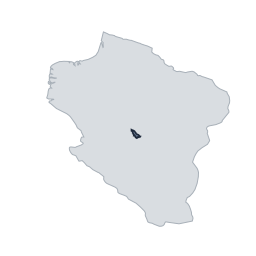 Barkin Ladi, Plateau, Nigeria shown in context, rotated 107°
{"feature_id": "59680162B6096372749080", "entity_name": "Barkin Ladi", "entity_type": "district", "adm_level": 2, "iso_a3": "NGA", "parent_name": "Nigeria", "parent_adm1": "Plateau", "projection": "equal_earth", "projection_center": [8.921, 9.534], "detail": "fine", "context": "in_parent", "style": "filled", "palette": "slate", "viewbox_px": 256, "rotation_deg": 107, "n_neighbors": 0, "source": "geoboundaries", "source_scale": "gbopen_adm2", "svg_char_len": 4895}
<svg xmlns="http://www.w3.org/2000/svg" viewBox="0 0 256 256"><g transform="rotate(107 128 128)"><path d="M198.2,39.3L204.7,51.2L206.1,60.1L206.7,64.5L207.8,65.0L209.8,65.2L211.3,66.1L212.2,67.5L212.7,68.9L212.8,69.7L212.4,75.0L212.0,77.0L212.3,79.6L212.2,80.7L212.0,81.5L211.1,82.3L209.8,83.2L206.9,85.7L206.1,86.1L204.9,86.2L203.8,86.8L202.5,88.2L199.8,93.3L197.5,98.4L195.9,106.7L193.8,109.3L193.5,111.6L193.2,116.8L192.8,118.3L192.5,118.8L190.3,119.8L189.0,121.0L188.3,123.3L187.3,131.3L187.0,132.6L186.3,134.0L185.1,135.5L184.1,136.3L181.6,136.9L179.2,142.9L179.2,143.9L178.1,149.4L176.3,153.5L176.1,156.2L173.8,159.8L172.6,162.3L173.9,164.8L174.0,165.3L169.9,169.6L169.7,170.3L169.6,173.3L169.2,174.1L168.5,175.2L167.4,176.4L166.3,177.4L165.1,178.0L163.9,178.3L163.2,177.9L162.8,177.0L162.1,173.3L161.8,172.5L161.0,171.8L157.9,167.7L156.1,166.3L155.7,166.4L155.3,166.8L154.8,168.8L154.3,169.6L153.3,169.8L151.6,169.9L150.3,169.6L150.1,169.2L149.5,167.6L145.6,171.3L144.3,172.1L142.6,176.5L140.1,178.7L138.5,180.6L134.0,186.5L133.1,188.3L132.2,190.9L130.3,202.1L127.2,209.2L126.8,210.7L126.6,210.6L126.2,211.2L125.0,210.8L124.5,209.5L123.7,209.3L122.5,207.4L122.2,207.7L123.5,212.6L123.0,214.5L119.3,214.5L116.0,215.1L113.8,215.1L112.6,214.4L112.2,212.6L112.0,212.8L111.8,213.7L111.1,214.5L108.6,214.6L107.5,213.4L106.6,212.0L105.7,211.4L105.8,212.0L106.9,213.3L106.8,215.3L104.8,217.5L103.5,217.7L102.7,216.7L102.3,215.1L102.1,212.8L101.5,211.2L101.2,211.2L101.6,213.8L101.6,216.2L102.6,218.0L101.1,218.6L99.3,218.6L99.1,218.0L98.9,216.4L98.6,216.0L98.2,218.6L94.5,219.3L94.0,219.2L93.9,218.8L94.2,218.0L94.1,216.9L93.3,217.8L93.2,219.6L92.7,219.9L91.4,219.6L89.8,218.7L87.4,216.4L84.4,212.7L83.9,211.1L83.0,209.0L81.5,203.5L81.8,203.2L82.5,203.5L82.8,203.0L81.6,202.6L81.3,202.2L81.2,201.0L81.3,199.4L83.2,198.7L83.6,197.7L83.9,196.8L81.5,198.2L79.3,196.6L78.9,195.7L79.1,194.9L81.6,194.9L82.5,194.2L82.0,193.9L81.0,194.0L80.7,193.5L80.7,192.3L80.4,192.6L80.0,193.6L78.5,194.3L77.6,193.6L77.5,191.9L77.4,191.2L76.6,190.6L74.1,186.2L70.8,182.5L67.9,180.0L63.6,178.8L54.5,178.8L54.0,178.5L54.5,177.9L55.3,177.5L58.3,175.5L57.8,175.2L54.7,176.5L53.7,176.6L52.3,179.1L43.3,179.6L43.4,178.5L43.8,175.3L44.3,173.0L43.7,170.3L43.6,167.9L44.0,167.1L44.1,166.2L44.0,159.9L44.5,159.0L44.5,158.3L43.6,155.7L43.6,153.6L43.5,151.6L43.2,150.7L43.6,143.1L43.5,141.2L43.8,139.8L43.9,136.5L43.9,133.3L44.6,128.2L48.4,127.5L49.4,125.5L49.9,123.0L49.8,120.5L51.0,118.3L52.5,116.3L52.5,114.2L52.9,113.6L53.6,113.1L54.6,112.8L55.8,111.7L56.4,109.9L57.1,106.9L56.1,104.8L56.1,104.4L56.5,103.3L57.1,102.2L57.6,101.8L58.7,102.1L59.1,101.6L59.8,98.4L59.7,97.5L58.7,95.3L58.2,89.3L57.9,88.6L57.1,87.5L55.0,83.3L55.0,81.3L56.0,78.8L56.5,77.6L57.4,76.9L57.5,76.3L57.3,75.6L56.9,75.1L56.8,73.9L57.2,72.3L57.1,70.6L57.4,61.7L59.1,59.9L61.7,57.0L63.0,54.0L63.7,51.7L64.6,44.0L65.9,43.2L68.5,40.4L71.9,38.8L74.2,38.3L78.1,38.6L80.1,38.3L81.8,36.8L82.5,36.4L83.6,36.1L93.4,40.1L94.3,39.9L95.0,40.2L96.2,41.3L99.1,45.0L102.1,50.7L103.0,51.9L104.0,52.6L104.9,52.8L105.7,52.7L106.4,52.2L107.3,51.1L108.7,50.6L109.9,50.7L116.0,46.3L116.6,46.3L120.3,47.2L125.4,51.6L129.6,54.5L132.5,55.4L136.0,56.1L141.8,56.3L146.3,50.2L147.9,48.8L149.9,47.6L154.0,46.5L160.8,45.7L167.2,46.0L171.2,47.1L175.4,49.1L177.2,51.0L180.1,51.3L182.1,51.0L182.7,49.0L184.8,46.5L187.8,44.2L190.3,42.6L192.4,41.8L194.2,40.0L195.6,39.4L198.2,39.3ZM108.9,217.1L107.5,217.7L106.6,217.6L107.8,215.0L108.4,215.6L109.2,215.8L108.9,217.1Z" fill="#d9dde1" stroke="#a8b0b8" stroke-width="1"/><path d="M128.5,124.3L129.8,123.9L130.0,122.7L130.1,122.8L130.3,122.5L130.4,122.4L130.8,122.2L131.0,122.2L131.3,122.2L131.4,121.9L131.5,121.6L131.7,121.3L131.9,121.2L131.9,121.4L132.0,121.4L132.2,121.2L132.3,121.0L132.4,120.9L132.5,120.7L132.7,120.8L132.8,120.8L132.9,120.6L133.0,120.4L133.4,120.2L133.6,120.2L133.4,119.8L133.4,119.7L133.2,119.5L133.4,119.2L133.8,119.1L133.8,118.8L133.7,118.6L133.8,118.3L134.2,118.1L134.3,118.1L134.7,118.1L134.8,118.1L134.9,117.7L135.0,117.4L135.2,117.0L134.8,116.8L134.8,116.7L134.9,116.4L134.8,116.1L134.7,116.0L134.4,115.9L134.2,116.2L133.9,116.0L133.9,115.8L133.9,115.6L133.8,115.2L133.6,115.4L133.5,114.8L133.4,114.8L133.2,114.6L132.9,114.8L132.9,114.4L132.9,114.1L132.9,113.8L132.9,113.7L132.6,113.6L132.4,113.6L132.5,113.9L132.5,114.0L132.4,114.1L132.4,114.3L132.4,114.5L132.2,114.8L132.0,115.0L131.9,115.1L131.8,115.3L131.7,115.4L131.7,115.5L131.6,115.8L131.5,116.1L131.4,116.2L131.4,116.3L131.4,116.5L131.4,116.9L131.3,117.2L131.4,117.3L131.4,117.6L131.3,117.8L131.2,118.0L131.2,118.4L131.1,118.5L130.8,118.8L130.7,119.0L130.4,119.3L130.1,119.3L130.0,119.7L129.8,120.0L129.7,120.1L129.6,120.3L129.2,120.6L129.1,121.0L128.9,121.4L128.8,121.8L128.8,122.0L128.7,122.3L128.7,122.6L128.8,122.6L128.8,122.9L128.8,123.0L128.7,123.3L128.7,123.6L128.6,123.8L128.5,124.3Z" fill="#64748b" stroke="#1e293b" stroke-width="1.5"/></g></svg>